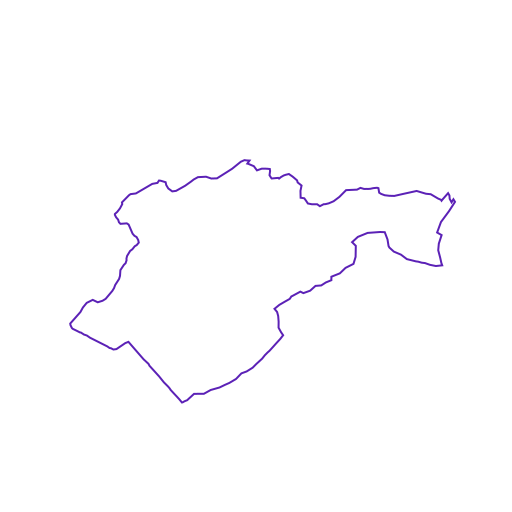 Mamou, Mamou, Guinea (Equal Earth projection), rotated 49°
{"feature_id": "49546643B72815389499799", "entity_name": "Mamou", "entity_type": "district", "adm_level": 2, "iso_a3": "GIN", "parent_name": "Guinea", "parent_adm1": "Mamou", "projection": "equal_earth", "projection_center": [-11.801, 10.57], "detail": "fine", "context": "isolated", "style": "outline", "palette": "violet", "viewbox_px": 512, "rotation_deg": 49, "n_neighbors": 0, "source": "geoboundaries", "source_scale": "gbopen_adm2", "svg_char_len": 3137}
<svg xmlns="http://www.w3.org/2000/svg" viewBox="0 0 512 512"><g transform="rotate(49 256 256)"><path d="M381.6,126.8L385.2,121.6L382.9,120.7L377.9,118.0L371.2,114.7L366.6,109.9L362.0,102.2L357.1,103.9L351.7,94.1L348.8,81.0L345.7,70.3L342.7,69.8L343.8,73.2L339.9,72.3L337.2,70.3L334.6,69.8L335.3,75.1L335.7,78.0L336.0,79.7L335.0,79.5L332.1,80.9L324.0,83.6L320.5,86.9L312.3,92.1L305.7,104.2L301.4,112.2L298.1,115.8L294.6,119.0L291.3,120.8L289.0,121.5L285.1,119.1L283.9,119.9L282.2,122.3L281.6,123.2L280.3,125.6L279.1,127.2L278.1,128.3L276.2,130.5L273.1,132.5L272.2,136.2L265.4,144.8L266.1,154.3L265.6,161.5L264.0,166.5L262.4,169.6L261.3,171.0L260.3,175.1L257.1,175.9L253.6,179.9L250.4,182.4L247.4,182.0L244.1,181.7L241.3,184.1L236.0,179.7L232.7,175.4L227.8,176.3L225.9,175.4L221.8,176.0L220.0,176.3L215.7,177.4L214.2,180.3L213.4,182.3L212.8,185.4L212.8,185.6L212.7,187.8L211.6,188.0L207.8,193.3L206.9,193.3L203.9,192.8L201.1,189.6L199.4,188.5L197.1,190.7L193.9,194.3L192.0,199.1L186.8,198.7L181.3,201.4L180.6,201.9L179.7,198.3L177.6,200.5L176.1,201.8L174.9,205.6L174.5,216.7L173.6,222.8L171.8,234.5L168.2,238.9L163.4,241.7L158.4,248.1L157.4,252.8L157.2,256.4L156.5,263.4L154.4,273.6L152.3,276.8L147.5,277.9L143.6,277.2L141.0,275.8L136.6,278.6L135.4,279.7L136.2,282.4L133.5,287.0L130.0,305.6L127.0,310.1L126.8,312.0L127.6,322.0L129.1,322.9L130.8,327.4L131.7,331.9L131.7,334.9L132.3,335.5L135.1,336.2L138.1,336.2L140.6,337.3L142.8,337.2L146.6,332.1L148.7,331.5L158.2,334.5L161.0,334.5L163.3,333.7L166.6,334.4L167.9,335.1L169.0,335.7L169.5,338.9L169.1,341.1L169.8,344.9L169.6,347.7L171.4,353.3L172.9,355.4L174.3,356.5L175.9,359.2L176.0,361.5L177.7,367.6L181.8,371.7L183.5,374.4L185.5,381.3L187.1,384.2L188.1,387.4L189.7,397.6L189.1,401.2L187.1,405.8L182.0,408.0L180.3,414.5L181.3,420.4L183.1,425.3L185.1,440.5L186.3,441.3L189.5,442.2L190.7,442.1L195.2,440.2L198.2,439.0L198.3,438.9L198.8,438.4L201.9,437.5L202.4,437.4L203.7,436.6L205.1,435.8L208.3,435.0L208.7,434.9L226.8,427.5L229.3,426.9L230.6,425.9L231.7,425.5L232.4,425.2L233.0,425.0L234.7,422.4L236.0,411.6L236.5,410.4L236.7,409.7L237.1,408.6L248.5,408.6L254.4,408.6L260.3,408.6L267.0,407.9L268.9,408.4L273.7,408.3L283.2,408.1L290.9,408.4L293.8,408.2L296.8,408.0L298.5,408.0L298.9,408.0L300.6,408.2L301.0,408.3L313.3,407.9L313.9,407.9L318.0,408.0L318.4,407.1L318.7,405.4L319.2,403.9L319.7,402.5L319.6,400.9L319.4,393.2L325.8,385.7L327.4,378.1L331.3,369.8L332.9,363.9L334.3,359.4L335.7,351.7L335.0,344.0L337.0,338.8L338.1,331.8L337.7,326.5L337.5,318.7L336.7,314.4L336.4,310.4L336.4,308.1L335.8,303.0L335.2,298.3L334.5,292.1L333.6,287.5L330.0,287.1L324.9,286.0L320.4,282.0L315.8,278.6L312.1,276.8L308.0,276.7L308.2,270.4L309.4,264.1L310.5,258.7L309.7,255.8L310.0,254.9L312.0,245.9L315.1,244.6L317.7,237.9L317.6,230.7L321.0,226.1L321.8,220.6L323.7,215.0L321.1,212.7L324.1,204.1L323.7,196.2L325.9,187.6L322.0,181.4L313.8,174.0L308.6,174.4L308.4,166.6L311.8,156.6L319.3,146.6L322.5,143.2L329.8,145.9L335.4,149.4L337.1,149.8L343.1,149.1L350.1,145.7L357.3,144.2L365.0,138.8L366.7,137.3L369.8,135.3L372.2,133.1L376.8,130.5L381.6,126.8Z" fill="none" stroke="#5b21b6" stroke-width="2"/></g></svg>